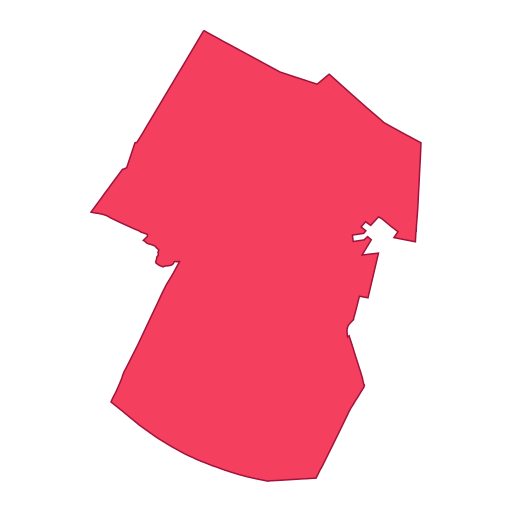 Dragomiresti-Vale, Ilfov, Romania (Equal Earth projection)
{"feature_id": "2599482B19905824077323", "entity_name": "Dragomiresti-Vale", "entity_type": "district", "adm_level": 2, "iso_a3": "ROU", "parent_name": "Romania", "parent_adm1": "Ilfov", "projection": "equal_earth", "projection_center": [25.925, 44.478], "detail": "fine", "context": "isolated", "style": "filled", "palette": "rose", "viewbox_px": 512, "rotation_deg": 0, "n_neighbors": 0, "source": "geoboundaries", "source_scale": "gbopen_adm2", "svg_char_len": 4423}
<svg xmlns="http://www.w3.org/2000/svg" viewBox="0 0 512 512"><path d="M111.0,402.0L111.3,402.3L111.9,402.7L112.3,403.0L114.3,404.6L115.9,405.9L116.7,406.5L117.9,407.5L118.9,408.3L119.1,408.5L120.1,409.3L121.3,410.2L121.5,410.4L121.7,410.5L123.0,411.6L123.6,412.1L123.9,412.3L124.1,412.6L124.3,412.7L124.5,412.9L125.5,413.7L125.6,413.8L126.8,414.7L127.0,414.9L128.4,416.1L130.9,418.2L131.2,418.4L131.7,418.8L132.4,419.3L133.9,420.6L135.0,421.5L135.9,422.3L137.5,423.5L137.8,423.8L138.1,424.1L139.0,424.9L139.4,425.1L139.6,425.3L140.0,425.6L140.3,425.8L141.6,426.7L142.2,427.1L142.8,427.6L143.4,428.0L144.6,428.9L145.7,429.7L146.2,430.0L146.7,430.4L147.2,430.7L147.7,431.1L148.3,431.5L148.9,432.0L149.1,432.1L149.9,432.7L150.9,433.4L151.7,433.9L151.9,434.0L152.4,434.4L153.4,435.2L154.4,435.9L154.9,436.2L155.9,436.9L156.9,437.6L157.4,437.9L157.8,438.2L159.1,439.0L159.9,439.5L160.8,440.0L161.4,440.4L162.5,441.1L162.9,441.4L164.2,442.1L165.2,442.7L166.1,443.3L167.2,444.0L168.6,444.8L169.6,445.4L171.2,446.4L171.8,446.7L173.4,447.6L174.5,448.2L175.6,448.8L180.1,451.3L181.9,452.3L184.3,453.6L188.4,455.6L189.5,456.1L190.6,456.6L191.8,457.1L193.0,457.6L195.1,458.7L195.3,458.8L195.7,459.0L196.9,459.5L197.3,459.7L197.8,459.9L198.6,460.2L199.2,460.4L199.6,460.6L200.2,460.9L200.9,461.2L201.8,461.5L202.8,461.9L204.2,462.4L206.4,463.3L212.1,465.6L213.3,466.0L216.6,467.1L217.5,467.4L220.0,468.4L225.6,470.4L227.0,470.8L230.9,472.1L235.9,473.6L238.0,474.3L239.1,474.6L241.4,475.2L246.5,476.6L251.2,477.7L254.8,478.5L256.6,478.9L260.7,479.7L268.6,481.3L268.2,481.0L268.5,480.9L279.8,480.3L292.7,479.5L302.0,478.9L304.2,478.8L305.0,478.8L316.1,478.1L320.9,468.3L321.2,468.2L321.7,467.2L322.9,464.9L325.0,460.6L325.8,459.0L327.7,455.2L333.1,444.3L335.8,438.8L336.7,437.0L340.1,430.1L344.8,420.4L347.7,414.4L348.3,413.1L350.6,408.5L353.0,404.8L355.2,401.1L358.4,396.1L362.1,390.0L363.6,387.6L364.0,387.0L364.1,386.0L364.5,385.3L363.6,383.6L362.8,380.1L362.4,378.0L361.7,375.6L360.6,371.9L359.5,368.6L358.8,366.4L357.9,363.5L357.1,361.0L356.2,358.3L355.3,355.4L355.1,354.8L354.9,354.1L354.6,353.1L354.2,352.0L353.5,349.5L353.4,349.3L352.0,344.7L351.9,344.4L350.1,338.9L349.2,336.3L349.1,335.8L348.3,336.4L347.6,337.0L347.3,334.7L347.1,332.6L347.0,331.1L347.1,329.2L347.6,327.1L348.2,325.6L349.0,324.5L349.6,323.8L350.1,323.1L352.5,320.7L353.6,319.6L353.6,318.3L354.2,316.4L355.5,311.7L358.5,299.9L359.4,296.2L368.0,297.8L378.5,253.1L362.1,255.0L371.3,239.8L367.6,236.6L364.0,239.9L353.2,241.5L352.4,235.1L363.7,233.4L365.9,230.8L361.1,226.9L365.6,221.8L370.7,225.4L378.5,216.9L382.1,218.9L390.8,226.2L394.6,229.1L398.0,231.7L393.9,237.6L415.4,241.8L415.9,232.2L416.2,231.6L416.4,226.4L417.2,216.1L417.5,212.3L418.0,204.1L418.3,197.8L418.6,191.4L418.7,189.8L419.0,184.6L419.3,178.4L419.6,172.1L420.4,157.1L421.0,142.8L402.5,132.9L384.2,122.8L379.2,118.4L365.7,106.8L349.7,92.6L341.0,84.8L336.7,80.9L333.8,78.3L330.8,75.6L330.4,75.2L329.7,74.6L329.4,74.3L329.2,74.2L327.9,75.2L324.4,78.1L321.2,80.8L317.1,84.2L298.2,78.0L295.4,77.1L280.0,72.0L245.1,53.1L244.9,53.0L230.2,45.0L223.2,41.3L215.4,36.9L214.0,36.2L211.3,34.7L206.9,32.3L205.1,31.2L204.1,30.7L203.7,31.0L203.3,31.3L184.8,62.5L176.6,76.1L172.0,83.9L163.5,98.1L156.0,110.7L147.9,124.2L146.3,126.9L142.1,134.1L136.8,142.5L135.0,142.7L126.7,167.7L123.2,169.3L122.5,169.3L110.4,185.6L109.2,187.4L104.5,193.6L100.4,199.4L98.5,201.9L95.2,206.4L93.0,209.4L91.2,211.8L91.0,212.2L96.4,213.2L96.6,213.2L98.1,213.4L99.3,213.6L100.1,213.8L101.1,214.0L102.9,214.4L106.8,215.7L108.9,216.9L110.6,217.9L121.7,223.2L129.7,226.8L131.9,227.8L133.6,228.6L135.5,229.4L138.4,230.5L141.2,232.2L144.0,233.1L146.0,233.9L147.5,234.5L147.3,236.5L143.3,240.4L144.2,240.9L145.0,241.4L146.3,242.8L146.9,243.1L148.4,243.8L151.0,244.5L153.9,245.5L155.3,246.3L156.2,247.5L157.5,248.7L158.6,249.7L158.7,250.4L157.9,252.3L158.3,253.9L158.2,255.1L157.6,256.0L156.9,256.9L156.4,259.6L156.0,260.7L155.7,262.1L156.1,263.1L158.0,264.5L159.1,265.3L163.1,266.9L164.0,266.3L165.1,266.1L165.7,266.0L167.4,265.8L169.5,265.6L171.5,265.1L173.3,263.7L174.2,261.8L175.6,261.5L176.7,261.8L178.0,261.6L178.8,261.3L179.6,261.5L172.7,274.2L170.8,277.4L166.6,284.2L162.2,292.9L157.4,303.3L150.7,317.4L137.8,344.8L126.3,367.6L123.9,372.1L122.5,375.8L122.1,377.3L120.8,380.7L119.4,384.1L117.7,388.0L116.1,391.5L115.0,393.8L114.7,394.2L112.7,398.1L112.1,399.4L111.0,402.0Z" fill="#f43f5e" stroke="#9f1239" stroke-width="1.5"/></svg>